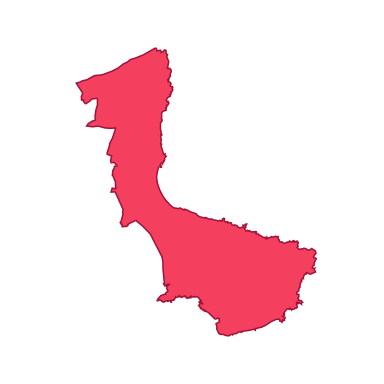 outline of North Mahe, English River, Seychelles, rotated 105°
{"feature_id": "34574756B41664711494427", "entity_name": "North Mahe", "entity_type": "district", "adm_level": 2, "iso_a3": "SYC", "parent_name": "Seychelles", "parent_adm1": "English River", "projection": "orthographic", "projection_center": [55.433, -4.604], "detail": "fine", "context": "isolated", "style": "filled", "palette": "rose", "viewbox_px": 384, "rotation_deg": 105, "n_neighbors": 0, "source": "geoboundaries", "source_scale": "gbopen_adm2", "svg_char_len": 5988}
<svg xmlns="http://www.w3.org/2000/svg" viewBox="0 0 384 384"><g transform="rotate(105 192 192)"><path d="M303.9,197.2L304.2,196.8L305.8,197.6L306.1,197.1L304.4,195.1L305.8,191.7L305.3,191.6L305.4,190.3L303.7,188.6L303.3,187.4L303.9,187.2L303.7,186.7L302.2,184.5L303.9,183.8L303.7,183.3L302.2,183.9L301.2,181.6L300.8,181.9L300.0,181.0L297.7,180.7L298.1,180.3L296.5,177.3L295.4,177.5L296.4,175.7L295.8,175.2L296.4,174.6L295.2,173.3L295.2,172.6L294.3,172.6L294.4,170.9L295.5,170.5L295.5,169.6L296.1,169.1L295.7,168.4L295.0,168.4L294.9,167.3L293.9,166.9L294.7,166.3L294.4,165.7L293.5,166.1L292.8,165.7L293.3,165.3L293.2,163.9L292.8,163.8L292.7,161.9L292.1,161.9L292.0,159.5L292.4,158.2L293.9,156.7L293.3,156.2L294.2,156.4L294.6,156.0L294.1,155.6L294.6,155.1L294.9,155.5L295.4,155.0L296.5,156.7L297.0,156.0L296.4,154.1L297.5,152.2L297.2,155.2L300.0,156.2L300.3,155.0L301.0,155.0L301.5,153.4L302.3,153.6L303.3,150.3L302.5,150.1L303.0,149.4L303.6,149.6L303.9,148.5L303.4,148.3L304.2,145.0L308.7,137.0L308.4,135.9L307.0,134.2L307.4,132.7L308.6,132.9L310.1,131.8L313.0,134.7L315.9,133.0L317.9,132.7L321.6,129.6L322.2,128.0L321.5,124.8L321.9,122.4L321.5,119.4L319.6,117.4L319.1,116.3L319.4,116.0L318.9,115.9L316.9,112.1L314.7,110.1L314.9,108.6L314.5,108.6L314.1,107.1L313.5,107.2L313.0,106.4L311.4,102.1L308.3,96.2L308.2,95.6L308.7,95.8L309.1,95.0L307.3,95.0L304.6,89.8L301.8,86.5L296.7,82.0L293.4,77.9L292.2,75.1L292.6,74.2L293.9,74.0L294.0,72.0L294.6,71.4L293.4,70.9L292.6,71.2L292.1,69.8L291.5,70.6L291.2,69.9L289.8,69.4L288.9,69.7L288.7,72.1L287.8,71.2L286.1,70.9L285.7,71.2L286.2,71.9L285.6,72.0L280.7,70.2L279.9,68.5L280.3,67.7L279.7,67.0L278.9,67.1L280.1,65.4L279.6,65.5L278.9,63.5L276.7,60.7L275.9,60.4L273.6,61.9L272.2,61.6L272.6,62.1L272.3,62.4L271.2,62.1L271.4,60.9L271.9,61.3L272.5,60.6L271.2,59.4L272.0,57.3L271.2,57.7L269.9,56.6L269.7,57.6L268.7,58.0L269.0,61.2L267.9,61.2L267.3,62.2L265.5,61.6L263.2,62.4L263.7,64.1L261.6,64.9L259.8,63.2L257.9,63.8L255.8,63.0L253.9,63.7L252.3,63.4L252.0,63.9L249.6,62.8L248.9,63.7L247.2,63.0L246.9,61.9L245.6,62.4L242.6,62.0L241.6,60.4L240.5,60.8L240.0,60.1L240.7,58.2L240.6,56.1L237.3,52.0L234.8,54.1L233.9,53.8L234.4,54.5L234.2,56.2L232.2,56.1L231.2,55.1L228.4,55.6L224.2,54.7L223.4,57.8L221.5,57.5L219.4,56.4L219.0,56.8L218.3,56.7L216.4,58.4L216.7,59.3L215.5,61.6L217.3,63.2L217.9,64.4L218.2,65.5L217.2,67.3L217.4,69.4L218.8,70.9L218.6,71.7L219.7,73.5L218.4,76.2L217.0,75.4L215.2,76.6L213.8,76.1L212.8,76.7L212.9,77.8L212.3,78.0L213.7,79.8L213.1,80.2L213.7,80.9L212.9,80.9L212.7,81.5L214.6,83.1L214.6,84.2L214.0,85.0L215.5,85.8L215.5,86.7L217.3,89.0L217.8,90.5L216.8,92.4L217.4,93.4L217.3,94.7L215.5,95.5L215.0,96.5L212.7,97.3L213.4,98.6L213.1,100.0L214.6,101.8L214.5,103.4L215.1,103.3L215.2,104.2L216.7,106.3L217.0,107.1L216.5,107.6L217.7,107.4L218.1,108.4L217.6,109.3L216.8,109.2L217.4,111.7L216.2,114.7L216.5,116.0L215.4,116.8L215.9,119.1L215.1,119.7L214.4,119.2L213.7,119.6L213.7,120.6L214.7,121.6L214.4,122.6L215.2,123.7L214.9,125.9L214.4,126.2L215.0,126.9L214.6,128.5L215.6,129.0L215.8,129.7L213.5,132.2L212.6,131.0L212.4,131.5L209.6,131.0L210.0,131.4L209.1,131.7L210.2,132.4L210.7,133.5L211.4,133.7L211.3,134.0L212.2,133.5L212.9,133.9L214.3,136.8L213.7,138.9L212.8,139.9L212.7,142.2L213.2,142.6L213.5,144.7L211.6,146.1L212.3,149.4L211.7,149.3L211.6,150.5L212.4,151.4L211.2,153.6L209.5,153.5L209.1,154.2L209.7,155.3L211.4,155.7L212.0,155.2L212.7,156.2L212.1,157.7L213.3,159.4L213.0,161.4L213.4,164.1L213.0,165.1L213.1,167.0L213.8,167.7L213.1,172.3L213.8,172.7L213.9,178.4L212.9,181.3L211.9,182.4L211.5,189.1L210.8,190.8L210.5,194.7L210.8,195.3L211.4,195.2L210.5,199.4L211.5,200.8L212.0,205.6L210.7,208.9L206.7,215.3L203.4,219.2L198.3,223.8L192.8,227.5L187.1,230.0L181.7,230.7L176.7,230.7L175.2,229.2L176.2,228.6L176.1,228.0L175.4,228.6L174.7,228.4L174.9,229.2L173.6,229.8L172.0,229.0L172.6,227.6L171.0,227.8L170.2,227.1L170.1,227.6L168.0,226.7L166.3,227.3L164.2,226.1L163.1,228.0L162.2,227.9L163.0,229.1L154.8,234.2L153.6,233.7L153.4,234.8L149.8,235.1L146.1,236.8L144.8,235.9L144.1,236.1L144.2,236.9L141.3,237.6L139.7,238.7L133.0,240.4L132.7,239.9L130.9,239.3L130.1,239.5L129.9,240.1L123.4,241.8L121.4,240.7L119.8,238.1L119.1,238.8L118.0,238.4L117.7,239.1L116.1,238.3L115.2,238.6L115.2,239.0L114.3,238.5L114.1,237.8L112.2,237.3L111.2,237.8L111.5,238.6L110.6,238.8L111.0,239.8L109.6,240.7L107.1,239.9L105.1,237.8L104.1,237.8L103.5,238.6L103.0,237.8L101.3,237.7L101.1,238.2L99.4,237.1L98.4,237.0L98.0,237.7L96.0,237.6L95.2,238.4L95.5,239.8L94.5,240.8L93.2,240.2L92.2,240.6L91.3,242.9L91.5,243.7L89.8,243.4L89.9,244.4L89.4,244.5L87.6,243.3L86.2,243.3L85.5,242.8L83.7,243.6L81.4,243.2L79.9,243.6L79.1,244.1L78.3,246.0L79.1,247.0L78.9,247.7L72.1,248.2L67.7,251.5L65.7,251.1L64.9,252.9L62.0,253.7L61.8,254.8L62.5,255.9L64.0,256.3L65.3,257.8L63.5,258.7L63.2,259.4L64.8,262.2L62.5,263.6L62.7,265.0L72.2,274.6L77.2,281.2L80.1,285.9L83.4,288.2L85.9,291.3L91.4,295.5L96.3,300.9L102.1,309.2L104.8,316.3L111.0,322.8L112.7,326.3L114.8,328.6L116.8,332.0L124.3,323.7L125.7,323.2L128.4,323.6L131.8,322.5L131.3,320.5L132.4,320.4L134.1,318.3L134.2,317.4L130.1,313.8L128.3,313.1L126.1,308.0L126.9,307.4L132.2,305.9L138.2,306.0L143.5,305.3L147.6,304.0L149.7,307.1L152.8,309.9L155.5,310.9L154.8,305.1L152.6,299.5L152.7,293.3L151.8,288.0L150.0,282.5L152.6,282.3L160.5,282.8L166.5,284.1L169.0,283.7L176.0,284.1L177.6,283.7L177.9,279.0L182.7,278.8L184.7,277.7L183.6,274.7L186.1,271.1L187.3,273.6L189.1,273.3L191.8,274.0L196.8,273.2L197.1,272.3L201.9,268.7L208.6,266.5L208.9,270.1L213.0,270.2L211.8,266.2L226.9,253.9L229.3,253.8L231.6,252.9L238.6,252.9L240.0,253.5L241.7,251.7L241.4,251.4L243.6,250.4L242.1,246.2L240.9,245.2L240.1,245.6L238.5,244.2L234.2,239.2L234.2,238.5L237.5,231.3L243.3,221.5L262.4,204.2L267.0,202.0L274.2,200.0L287.1,195.1L288.0,195.8L289.9,193.7L287.8,192.2L287.0,190.5L287.2,190.0L289.4,191.8L292.0,191.4L293.8,189.5L296.1,191.1L297.6,191.1L297.7,192.0L300.2,195.3L303.9,197.2Z" fill="#f43f5e" stroke="#9f1239" stroke-width="1.5"/></g></svg>